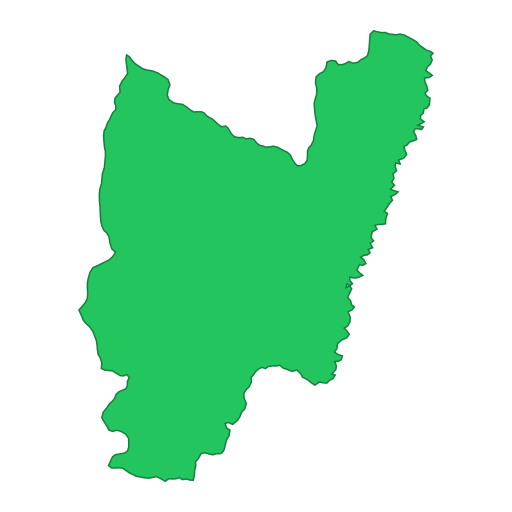 São Gotardo, Minas Gerais, Brazil (Natural Earth projection)
{"feature_id": "56859067B79744293866938", "entity_name": "São Gotardo", "entity_type": "district", "adm_level": 2, "iso_a3": "BRA", "parent_name": "Brazil", "parent_adm1": "Minas Gerais", "projection": "natural_earth1", "projection_center": [-45.982, -19.366], "detail": "fine", "context": "isolated", "style": "filled", "palette": "green", "viewbox_px": 512, "rotation_deg": 0, "n_neighbors": 0, "source": "geoboundaries", "source_scale": "gbopen_adm2", "svg_char_len": 5080}
<svg xmlns="http://www.w3.org/2000/svg" viewBox="0 0 512 512"><path d="M108.5,465.6L111.7,468.0L115.9,468.0L119.2,467.8L122.8,468.2L125.4,470.1L129.6,473.1L133.2,474.6L136.1,476.3L140.6,477.0L144.8,477.9L149.3,478.1L152.9,477.4L156.5,476.6L160.4,478.5L165.2,481.3L168.8,478.7L172.2,479.0L176.5,478.7L179.4,477.5L182.2,479.6L186.4,479.0L190.1,480.1L193.3,480.2L194.4,475.3L194.7,469.9L195.8,466.0L195.5,461.9L198.3,458.7L201.2,453.5L204.9,452.7L209.0,454.0L212.8,454.8L216.2,453.7L219.7,453.8L222.4,452.5L224.2,449.5L225.4,444.3L226.7,439.5L229.1,435.7L229.9,430.0L227.0,428.3L224.9,423.6L228.4,422.5L232.7,424.4L235.3,422.2L237.7,420.1L239.9,416.7L241.6,412.3L244.7,409.0L246.4,403.6L244.8,400.1L243.9,396.8L244.0,393.2L246.1,389.8L249.4,386.5L251.5,381.7L251.1,377.5L253.3,375.1L255.7,371.6L258.9,368.7L262.0,367.4L265.5,368.6L267.9,366.6L273.2,365.8L276.5,366.0L279.9,365.3L283.3,368.2L287.4,369.5L292.0,371.4L296.9,370.1L300.8,373.8L302.5,377.2L307.1,379.4L310.8,382.4L314.8,385.2L319.4,382.0L323.7,382.9L326.8,383.1L329.7,380.2L333.1,378.6L335.2,375.1L331.7,374.3L335.8,369.7L336.4,365.8L334.7,361.5L337.9,361.5L341.2,359.8L342.4,355.9L338.3,354.6L334.4,352.0L336.9,348.8L337.5,343.8L341.4,340.2L347.0,337.6L349.2,334.4L347.0,331.1L344.2,328.1L347.5,326.2L349.9,322.1L350.3,317.3L348.1,311.8L352.2,309.8L354.4,306.8L351.8,305.1L350.5,300.6L347.6,297.3L349.5,293.4L351.7,288.8L349.7,285.9L352.5,283.7L349.9,280.7L349.7,277.1L353.3,277.9L356.8,277.9L359.9,276.8L362.8,275.3L359.6,272.9L357.0,270.0L359.5,264.5L362.6,265.4L365.9,263.6L363.7,259.4L360.6,257.4L364.1,255.2L367.2,255.0L370.1,252.7L368.2,249.4L372.7,247.7L370.1,243.6L373.6,240.8L371.0,237.6L372.3,231.6L377.1,229.2L374.8,225.5L377.9,224.4L381.2,224.5L385.5,223.8L385.8,218.6L387.5,213.4L384.2,211.3L386.8,207.7L389.6,203.3L392.5,200.3L390.7,196.6L394.9,194.7L398.1,191.9L394.1,190.6L390.4,189.3L394.5,185.3L391.8,182.0L394.0,178.3L392.9,173.8L396.6,170.8L395.1,166.4L395.7,163.0L400.2,164.0L398.6,160.0L403.5,158.3L406.7,154.6L404.8,149.7L403.8,146.4L406.7,145.3L409.7,141.9L412.7,141.1L416.7,139.5L415.8,135.6L413.6,131.7L415.3,128.6L418.5,128.9L421.6,129.6L423.4,127.0L417.9,125.1L421.6,123.4L424.2,121.8L420.4,119.0L420.6,115.4L423.1,113.4L424.0,108.9L426.9,108.1L429.4,104.9L430.0,98.2L426.9,96.2L425.0,93.0L427.8,90.3L426.7,85.9L424.9,81.5L424.5,78.0L429.2,77.5L432.3,75.4L429.4,73.1L425.7,70.6L427.5,66.8L430.4,64.1L432.2,59.9L430.5,55.9L433.1,53.3L429.7,51.1L426.7,50.3L423.8,48.2L419.6,45.3L416.5,41.8L413.0,39.7L409.2,37.6L404.2,35.0L399.9,34.1L396.1,34.8L392.5,34.3L389.2,34.1L385.4,32.5L381.3,32.6L376.9,31.7L373.6,30.7L370.1,34.4L369.6,40.8L369.3,45.5L368.8,50.6L367.6,55.4L364.4,58.1L361.3,59.4L357.8,62.3L353.0,63.2L348.8,61.5L345.5,63.5L342.6,64.5L338.2,64.7L335.6,61.0L331.3,60.4L327.1,61.9L325.9,67.9L323.4,71.7L319.7,73.6L316.1,76.8L315.5,83.1L316.8,88.4L316.6,94.7L315.2,99.0L314.2,103.1L314.4,107.0L314.8,111.9L315.5,117.1L316.4,121.9L317.2,125.7L316.1,129.1L314.4,134.2L313.3,141.0L311.1,145.3L308.8,147.8L307.5,151.0L307.5,155.2L307.1,160.3L304.8,163.5L301.0,165.6L297.3,165.8L294.5,162.7L292.1,158.9L290.3,154.9L287.4,152.3L284.2,150.7L280.9,149.1L277.5,147.2L273.4,146.2L269.9,146.8L265.8,147.2L262.7,145.9L259.7,145.3L256.8,143.2L253.8,139.3L249.9,138.2L246.4,138.9L242.8,137.3L238.9,137.6L234.6,136.8L231.7,134.2L229.8,131.3L228.2,128.3L225.6,126.0L221.6,126.8L218.0,124.2L215.3,121.6L212.5,119.2L209.5,117.5L206.8,116.0L204.4,113.2L201.6,111.8L198.3,111.8L193.6,111.9L190.0,109.8L186.6,107.0L182.6,104.4L177.0,103.6L173.2,102.7L168.8,99.4L167.3,95.1L168.0,90.3L169.9,84.7L168.1,79.6L164.6,77.0L161.2,75.1L157.7,72.9L152.7,71.0L146.9,70.0L142.6,68.7L138.8,66.1L135.0,63.6L131.9,60.2L129.5,56.8L126.6,54.9L125.9,59.3L126.5,64.5L127.1,69.7L127.6,73.6L125.1,77.3L122.1,81.1L119.6,86.1L120.1,92.4L117.2,95.5L115.0,98.1L114.5,102.7L115.8,105.7L115.8,109.6L112.9,112.6L111.4,115.5L109.6,119.5L107.6,122.7L106.0,127.3L104.1,130.9L103.6,136.0L104.0,142.1L104.5,147.5L105.4,151.2L105.4,156.5L104.7,163.5L104.4,167.2L103.5,170.4L102.3,174.1L102.0,178.4L101.5,183.7L100.0,188.5L99.3,194.0L99.4,200.5L100.1,206.9L100.2,211.5L100.4,215.9L100.8,221.2L102.1,226.4L103.8,230.2L106.8,232.9L109.0,236.9L110.0,243.1L111.7,248.8L115.5,252.1L112.7,256.6L109.2,259.8L106.3,261.3L102.0,263.4L97.5,265.7L93.1,267.5L90.2,271.9L88.4,277.6L87.4,282.7L87.4,288.3L87.7,293.2L87.3,298.4L85.3,302.5L82.8,305.7L78.9,310.0L81.5,315.7L83.4,320.4L85.5,323.0L89.5,326.7L92.8,331.2L94.7,336.1L96.3,340.4L97.0,344.5L97.4,349.4L98.1,354.2L100.2,357.9L101.8,362.8L101.3,368.4L104.8,370.1L108.3,370.5L112.6,370.9L117.1,373.8L120.2,375.6L123.1,376.0L126.7,374.6L129.2,377.3L127.4,381.5L127.3,385.8L125.9,388.7L122.3,390.3L118.7,391.9L116.0,394.5L114.6,398.3L112.5,401.1L109.6,403.6L107.0,407.6L103.4,411.9L101.8,417.5L104.3,422.1L106.9,426.2L108.9,430.1L112.6,431.4L116.3,430.3L119.3,430.8L122.3,432.1L125.8,434.2L128.6,438.3L128.8,446.6L127.7,450.5L125.0,452.9L120.1,453.9L115.4,454.7L112.5,456.8L111.0,460.2L108.5,465.6ZM349.7,285.9L346.0,287.6L347.0,283.8L349.7,285.9Z" fill="#22c55e" stroke="#15803d" stroke-width="1.5"/></svg>